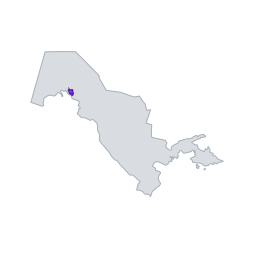 Kanlikul, Karakalpakstan, Uzbekistan (highlighted), rotated 15°
{"feature_id": "79887680B11359237520420", "entity_name": "Kanlikul", "entity_type": "district", "adm_level": 2, "iso_a3": "UZB", "parent_name": "Uzbekistan", "parent_adm1": "Karakalpakstan", "projection": "robinson", "projection_center": [59.048, 42.737], "detail": "fine", "context": "in_parent", "style": "filled", "palette": "violet", "viewbox_px": 256, "rotation_deg": 15, "n_neighbors": 0, "source": "geoboundaries", "source_scale": "gbopen_adm2", "svg_char_len": 4447}
<svg xmlns="http://www.w3.org/2000/svg" viewBox="0 0 256 256"><g transform="rotate(15 128 128)"><path d="M199.1,116.3L202.7,114.6L204.9,115.7L205.1,116.4L202.9,117.6L200.9,118.2L200.3,119.8L198.3,120.5L196.4,122.6L193.3,124.8L193.3,125.3L193.6,125.6L194.6,125.9L196.8,127.1L198.8,126.4L199.3,126.6L199.9,127.3L200.6,129.2L201.5,129.8L204.5,130.8L206.7,130.8L207.8,131.2L208.0,131.0L208.0,128.1L208.9,128.6L209.9,128.2L210.2,126.8L210.0,125.8L210.7,125.2L211.1,125.6L211.2,126.5L212.3,127.1L213.1,128.5L213.5,130.2L215.5,130.6L216.2,130.3L216.8,130.5L217.2,132.6L217.5,132.8L219.3,132.4L221.0,133.2L222.9,134.8L224.9,135.0L225.3,135.2L226.8,135.0L228.4,135.4L228.5,135.7L228.3,136.0L224.4,138.0L223.4,139.3L222.5,139.8L220.1,139.0L219.8,139.9L220.3,140.7L219.7,141.5L218.5,141.2L218.2,140.8L217.0,141.0L215.7,142.4L215.1,143.6L213.9,143.9L212.1,145.1L211.3,144.2L210.1,144.3L208.3,143.4L207.5,143.2L199.9,144.4L199.3,144.2L198.4,142.6L196.4,141.8L196.4,141.0L200.2,137.7L200.6,136.7L199.3,136.2L199.4,135.3L196.8,132.7L196.3,132.5L196.0,132.6L195.1,134.5L188.5,137.9L187.5,137.6L185.9,136.3L184.9,135.9L183.7,136.9L183.8,138.2L182.6,139.2L183.9,142.6L183.8,143.0L182.9,143.2L183.7,144.5L183.1,144.6L179.8,144.1L176.1,144.9L176.2,145.4L179.6,145.3L180.1,145.6L180.2,146.0L180.0,146.3L178.2,146.6L178.1,147.1L179.1,148.6L178.6,149.0L178.0,148.7L177.5,149.6L176.4,149.6L175.9,152.5L175.0,153.6L173.7,154.1L165.6,152.7L163.6,153.7L162.3,155.0L161.5,158.2L161.6,158.6L165.0,159.8L165.6,161.8L169.8,161.9L170.5,162.3L170.9,162.7L171.1,163.3L170.0,166.5L170.5,169.3L171.3,170.6L173.8,173.1L173.7,174.4L173.2,175.6L172.6,176.7L171.8,177.2L170.9,178.5L170.0,180.1L168.3,182.3L167.8,183.5L167.7,187.0L167.3,188.1L167.2,187.7L166.5,187.3L164.7,187.1L164.3,186.7L162.0,187.5L160.5,187.1L159.0,185.7L156.1,185.2L152.4,185.5L152.2,181.9L152.3,179.2L153.5,177.1L153.4,176.7L152.8,176.0L150.6,175.4L148.0,173.7L145.5,172.6L144.2,172.2L142.7,172.9L141.3,172.7L134.8,168.3L129.4,165.2L125.6,162.0L123.9,162.4L119.1,159.4L116.0,156.3L105.8,149.3L103.8,147.6L103.3,146.8L102.5,142.5L101.5,140.6L100.2,139.5L99.1,137.5L97.4,132.5L96.8,131.6L93.7,129.6L92.0,129.0L90.7,129.4L90.0,130.2L89.0,130.3L84.6,129.4L79.8,129.8L75.5,127.3L75.3,126.9L75.3,126.2L76.1,124.5L75.9,123.8L75.4,123.0L75.4,122.1L75.7,121.7L76.5,121.8L76.8,121.5L76.7,121.1L75.7,120.0L73.8,119.1L74.2,118.4L74.2,116.8L74.5,116.0L74.3,115.7L72.8,114.5L68.1,114.4L66.9,114.1L66.0,113.6L65.1,111.8L64.7,111.4L61.4,110.7L58.0,107.6L57.4,108.9L56.7,109.2L54.2,108.8L53.0,109.7L56.1,112.9L56.7,113.8L56.7,114.4L55.8,114.5L55.0,113.0L54.5,112.6L51.5,111.7L50.6,112.7L50.3,113.9L49.0,116.0L47.5,116.3L44.0,116.5L42.9,116.9L42.2,117.5L40.8,119.3L39.1,120.7L39.7,126.5L40.8,128.0L39.6,129.2L27.5,128.4L28.2,75.9L45.4,71.0L57.7,67.9L85.9,84.5L86.6,85.1L86.9,86.5L87.7,87.7L97.3,97.3L111.4,95.4L125.7,96.5L130.9,94.2L135.3,98.4L137.9,99.9L141.6,106.1L145.0,104.5L144.7,111.9L144.4,114.2L144.4,118.6L150.1,118.8L151.6,125.9L153.0,130.4L154.2,130.9L165.0,130.3L165.8,130.6L167.3,130.2L168.4,131.6L169.5,132.6L168.9,135.7L170.2,137.0L173.3,138.4L175.1,138.4L175.4,137.8L175.3,137.1L174.9,136.3L174.9,135.4L175.1,134.8L176.8,132.4L179.6,130.1L180.2,129.2L180.4,127.7L181.4,126.9L183.9,126.0L184.2,125.2L187.2,123.4L190.6,122.2L192.1,121.3L193.6,119.5L195.7,117.6L196.5,117.5L197.2,118.1L197.7,118.2L199.1,116.3ZM199.3,133.9L198.9,133.0L198.3,132.6L198.0,132.8L199.0,133.9L199.3,133.9ZM206.6,148.8L204.3,148.8L204.6,147.4L203.8,146.7L203.6,146.0L203.7,145.4L204.3,145.2L205.0,146.1L206.8,146.6L206.2,147.6L206.7,148.6L206.6,148.8ZM213.4,147.4L213.0,148.6L212.0,148.1L212.1,147.7L213.4,147.4Z" fill="#d9dde1" stroke="#a8b0b8" stroke-width="1"/><path d="M60.9,107.4L61.4,107.6L61.5,107.9L61.5,108.1L61.7,108.3L61.9,108.6L62.0,108.8L62.3,109.0L62.6,109.1L62.8,109.4L62.7,109.5L62.9,109.7L62.9,109.9L63.2,110.0L63.3,109.9L63.6,109.9L63.6,109.7L63.4,109.5L63.4,109.2L63.7,109.1L64.0,109.3L64.3,109.5L64.5,109.6L64.6,110.0L64.9,110.2L65.2,110.7L65.6,110.8L65.9,110.6L66.0,110.3L66.2,110.1L66.1,109.8L66.1,109.4L66.1,108.8L66.1,108.6L65.9,108.3L65.6,108.2L65.4,108.5L65.0,108.3L64.9,108.0L64.9,107.7L65.1,107.5L65.2,107.2L64.9,106.9L64.8,106.7L64.5,106.5L64.5,106.2L64.7,105.8L64.2,105.5L63.3,106.1L63.2,106.0L62.8,106.0L62.7,106.2L62.3,106.3L62.1,106.2L61.6,106.0L61.4,106.2L61.2,106.0L61.3,106.4L61.1,106.5L60.9,106.6L60.7,106.7L60.7,106.9L60.9,107.1L60.9,107.4Z" fill="#8b5cf6" stroke="#5b21b6" stroke-width="1.5"/></g></svg>